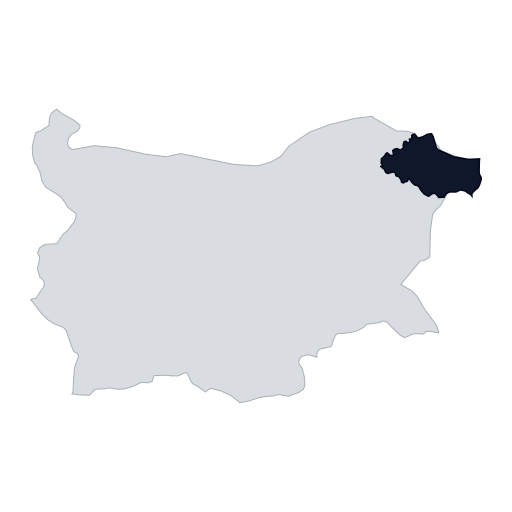 where Dobrich sits in Bulgaria
{"feature_id": "BGR-2259", "entity_name": "Dobrich", "entity_type": "Province", "adm_level": 1, "iso_a3": "BGR", "parent_name": "Bulgaria", "parent_adm1": "", "projection": "mercator", "projection_center": [27.865, 43.673], "detail": "fine", "context": "in_parent", "style": "filled", "palette": "ink", "viewbox_px": 512, "rotation_deg": 0, "n_neighbors": 0, "source": "natural_earth", "source_scale": "10m", "svg_char_len": 3486}
<svg xmlns="http://www.w3.org/2000/svg" viewBox="0 0 512 512"><path d="M438.9,332.9L429.1,331.2L425.7,331.7L423.6,334.1L419.0,333.7L413.4,333.7L407.6,336.4L404.4,337.6L400.0,335.1L392.0,327.5L387.1,322.2L383.4,320.9L379.8,322.5L366.7,324.3L363.6,327.3L357.6,330.7L351.5,332.3L342.8,333.5L338.2,333.3L335.6,335.0L333.4,339.9L332.0,344.8L330.7,346.7L319.8,349.1L317.4,351.9L316.8,354.6L317.0,357.3L308.3,354.7L301.6,356.4L300.0,358.5L298.6,361.5L299.4,364.7L301.9,367.8L304.2,376.1L305.0,384.4L303.6,389.1L298.7,392.5L288.4,396.2L278.4,394.5L274.0,395.9L266.6,396.4L259.8,397.4L249.4,400.8L240.0,402.8L231.5,395.9L221.4,391.1L210.9,388.3L207.2,390.4L205.6,392.0L196.8,385.9L192.8,383.7L190.9,381.3L187.2,373.1L185.0,372.9L177.8,375.9L170.8,375.8L166.5,375.2L154.0,375.6L152.3,381.1L150.7,382.0L148.0,382.8L141.3,382.4L132.8,386.5L123.7,389.1L116.5,389.1L109.1,387.9L104.7,388.8L95.2,389.2L89.2,395.3L79.8,394.9L71.9,393.9L72.9,392.0L74.4,368.0L78.3,357.3L78.2,355.1L77.4,353.4L73.9,351.7L71.4,345.9L66.2,330.6L63.3,327.4L55.1,324.2L47.9,319.8L41.8,313.9L30.7,299.5L36.3,298.0L38.0,295.1L43.6,287.1L44.3,283.1L43.7,280.9L39.9,277.1L37.4,268.7L39.3,260.8L39.5,256.8L37.6,252.8L39.6,247.8L43.6,245.1L46.1,244.3L56.8,243.7L63.5,233.7L67.6,230.5L71.8,224.8L73.8,222.7L75.6,218.3L76.3,213.8L67.8,207.4L65.0,202.6L61.2,197.3L56.1,193.7L45.9,187.4L41.9,181.0L40.1,172.7L37.4,166.4L34.4,162.4L33.8,159.0L32.6,154.9L32.3,146.8L34.7,136.1L36.2,132.3L39.7,131.3L49.0,125.5L49.4,118.2L51.1,113.6L54.0,111.0L56.7,109.2L61.8,113.5L74.0,120.3L80.0,125.3L79.7,128.3L76.9,131.4L71.6,134.3L68.5,138.3L67.6,143.2L68.4,146.6L72.1,149.6L94.1,145.7L116.4,147.7L146.4,154.4L166.2,156.7L180.9,153.6L208.1,159.2L233.4,164.4L257.7,165.9L271.3,161.8L280.8,156.4L289.1,146.0L309.4,132.3L329.1,124.7L354.9,118.4L372.1,116.3L374.5,118.4L396.5,131.0L406.2,131.1L414.1,133.3L417.0,136.6L419.0,137.4L429.5,134.3L434.2,141.2L441.4,150.8L453.8,155.8L464.8,158.6L468.3,159.0L480.0,158.8L478.3,182.8L471.3,193.9L460.8,190.1L447.5,193.2L440.4,205.8L436.3,209.6L432.7,214.0L430.4,230.3L429.8,256.9L424.8,260.1L420.1,261.1L400.8,284.4L411.9,291.0L416.8,295.9L425.0,309.8L436.6,325.3L438.9,332.9Z" fill="#d9dde1" stroke="#a8b0b8" stroke-width="1"/><path d="M415.0,134.3L417.8,138.2L422.5,137.0L427.5,134.2L431.5,133.7L433.2,136.6L436.5,148.1L438.9,150.1L453.8,156.8L469.1,159.5L479.5,158.9L479.3,160.3L479.1,172.3L479.3,173.6L480.0,175.4L480.7,176.6L481.2,177.7L481.3,179.1L480.6,181.6L479.5,184.8L478.2,187.5L477.1,188.6L476.3,189.0L473.0,192.2L472.3,193.1L471.9,194.4L471.9,196.1L470.9,194.7L467.7,192.9L467.0,192.3L466.2,191.4L464.4,190.6L461.0,190.0L459.4,190.3L456.7,191.7L455.3,192.0L450.6,191.8L449.2,192.0L446.4,193.6L444.4,196.4L444.1,197.2L443.9,197.1L441.3,197.4L438.8,197.5L437.3,195.5L435.4,193.5L433.1,193.4L431.0,194.4L429.8,195.7L428.3,196.2L424.1,194.0L420.5,189.7L419.2,187.2L417.3,185.5L414.7,185.0L411.8,182.3L409.3,178.7L408.2,179.1L407.5,181.1L406.1,181.7L404.6,181.9L404.0,182.5L403.3,183.0L401.5,182.1L401.0,179.7L398.9,176.7L396.0,175.8L395.3,173.1L393.6,172.0L390.7,172.6L387.9,173.5L385.8,172.5L384.3,169.4L380.3,166.1L381.7,166.4L382.9,165.9L381.2,163.2L381.4,158.8L384.9,155.6L385.8,153.6L387.2,152.8L390.5,155.5L393.6,155.4L392.8,150.5L394.6,149.1L396.8,148.6L400.5,150.0L403.4,147.9L403.2,144.8L404.1,141.7L405.9,141.2L407.5,142.7L409.6,142.3L409.8,140.4L409.4,139.2L410.7,139.1L412.0,137.6L411.7,135.4L413.0,134.3L415.0,134.3L415.0,134.3Z" fill="#0f172a" stroke="#020617" stroke-width="1.5"/></svg>